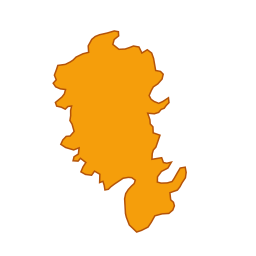 the district of Iguatu, Paraná, Brazil, rotated 143°
{"feature_id": "56859067B2553347747506", "entity_name": "Iguatu", "entity_type": "district", "adm_level": 2, "iso_a3": "BRA", "parent_name": "Brazil", "parent_adm1": "Paraná", "projection": "orthographic", "projection_center": [-53.086, -24.68], "detail": "fine", "context": "isolated", "style": "filled", "palette": "amber", "viewbox_px": 256, "rotation_deg": 143, "n_neighbors": 0, "source": "geoboundaries", "source_scale": "gbopen_adm2", "svg_char_len": 1845}
<svg xmlns="http://www.w3.org/2000/svg" viewBox="0 0 256 256"><g transform="rotate(143 128 128)"><path d="M65.7,168.2L64.0,173.6L65.5,178.9L71.8,179.5L70.5,186.1L74.3,190.2L78.6,191.4L82.8,192.8L87.9,196.3L89.8,203.9L85.8,207.0L80.0,207.2L77.7,210.7L80.6,213.8L87.3,216.3L94.6,219.6L99.1,220.8L103.6,220.6L110.4,217.5L113.9,212.1L119.3,214.4L126.8,215.9L131.0,215.3L134.3,215.5L139.7,216.5L146.4,220.2L150.0,217.7L155.0,214.5L156.3,209.7L160.8,208.8L161.0,204.4L158.5,200.0L154.7,196.3L158.4,193.5L162.1,192.5L166.0,192.3L170.6,192.1L171.8,188.4L168.7,184.7L166.8,180.8L163.0,181.3L159.8,179.5L163.3,176.5L166.4,172.3L169.9,168.9L170.4,164.6L173.1,157.7L179.1,156.4L182.4,158.5L187.2,157.7L191.5,155.4L189.6,150.0L184.6,143.2L179.0,141.6L183.3,137.1L188.4,137.5L191.6,134.9L187.8,131.6L184.2,132.4L182.4,125.8L187.4,124.0L192.0,121.3L189.9,116.5L185.5,112.2L180.7,113.7L178.3,108.0L183.5,101.5L180.1,100.5L181.5,96.6L183.7,92.4L180.6,90.9L177.2,91.4L172.5,91.4L162.1,90.8L157.5,88.4L154.9,86.1L153.6,81.9L156.5,79.9L160.4,79.5L164.8,78.7L169.3,77.0L173.3,73.5L181.5,61.2L183.0,57.8L185.3,49.8L183.7,39.7L178.8,38.1L171.6,36.8L166.2,38.7L159.4,41.7L152.4,38.9L146.8,35.2L141.6,35.5L137.8,37.9L136.4,41.3L137.1,45.0L133.5,51.1L125.9,48.7L121.9,49.8L117.6,51.8L112.1,53.7L108.3,57.5L105.9,62.3L110.4,64.6L115.6,62.5L121.6,59.9L125.0,58.7L129.7,60.5L134.8,64.1L137.1,67.2L133.8,71.3L127.4,73.2L120.2,72.0L113.9,74.6L118.2,76.5L120.5,79.1L119.0,84.0L127.7,88.6L124.1,92.9L121.0,95.2L117.3,95.9L106.8,103.0L110.8,109.0L107.4,113.9L107.8,117.9L105.5,121.5L103.4,128.0L98.4,123.5L94.1,122.0L90.4,122.9L87.2,122.0L83.9,123.0L80.0,123.6L77.5,127.8L84.2,128.2L88.6,129.2L91.2,133.5L92.3,137.1L91.6,141.2L86.7,144.0L83.0,145.6L77.6,145.3L71.3,146.6L67.5,149.8L68.0,153.6L71.3,157.3L65.7,168.2Z" fill="#f59e0b" stroke="#b45309" stroke-width="1.5"/></g></svg>